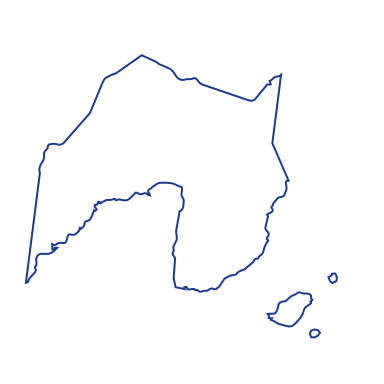 map outline of Morobe (Mercator projection), rotated 97°
{"feature_id": "PNG-1253", "entity_name": "Morobe", "entity_type": "Province", "adm_level": 1, "iso_a3": "PNG", "parent_name": "Papua New Guinea", "parent_adm1": "", "projection": "mercator", "projection_center": [147.281, -6.648], "detail": "fine", "context": "isolated", "style": "outline", "palette": "blue", "viewbox_px": 384, "rotation_deg": 97, "n_neighbors": 0, "source": "natural_earth", "source_scale": "10m", "svg_char_len": 4800}
<svg xmlns="http://www.w3.org/2000/svg" viewBox="0 0 384 384"><g transform="rotate(97 192 192)"><path d="M169.0,97.5L169.6,99.5L171.2,100.1L173.3,99.6L175.0,98.9L177.6,98.6L179.6,98.9L181.3,99.5L183.1,99.7L184.8,100.5L185.7,102.1L186.4,104.2L187.3,105.9L193.2,109.8L194.1,109.9L195.2,110.2L196.2,110.6L197.1,111.4L198.1,111.0L199.6,109.8L200.9,109.7L201.6,110.0L202.8,111.3L204.3,113.7L205.4,114.8L205.9,114.1L207.3,113.6L217.7,114.8L218.7,114.8L219.8,114.5L221.1,113.5L222.1,112.2L223.3,111.1L224.9,110.6L225.9,110.8L228.7,112.1L229.4,112.1L229.7,111.9L229.8,111.5L230.2,111.0L231.0,110.5L231.6,110.7L232.1,111.3L237.7,113.3L242.9,114.0L244.9,114.9L246.4,116.1L247.7,117.5L248.1,117.8L249.4,118.1L249.9,118.4L250.2,119.0L250.4,120.1L250.6,120.7L251.4,121.5L254.4,123.0L262.3,130.4L265.3,135.8L266.5,137.0L268.3,138.1L269.4,140.6L270.3,143.7L271.5,145.5L274.1,149.2L282.5,153.4L285.4,156.3L285.8,157.9L285.7,158.9L285.3,159.9L285.4,161.1L286.2,162.6L287.2,163.7L288.1,165.0L288.7,168.2L289.8,170.8L290.0,172.3L289.6,173.3L289.0,174.1L288.6,175.1L289.2,176.5L288.0,178.0L288.2,179.7L288.8,181.6L289.2,184.0L288.9,184.5L287.3,185.6L287.0,185.9L287.1,187.3L287.7,188.1L288.4,188.1L289.2,187.4L288.5,196.7L279.7,199.7L259.9,200.7L258.8,201.4L256.8,203.2L256.0,203.8L254.7,203.7L253.5,203.2L252.3,202.9L251.0,203.4L249.0,203.9L241.4,201.4L238.9,201.5L234.2,202.7L231.8,203.0L214.3,202.0L212.9,202.2L212.2,201.1L211.4,200.2L210.3,199.6L208.9,199.1L207.2,198.9L201.6,199.1L200.1,199.6L197.3,201.7L195.4,202.2L191.7,202.1L189.8,202.3L188.1,203.0L187.9,205.7L186.2,210.5L185.8,213.1L185.9,218.5L186.6,223.9L187.4,226.6L191.1,231.1L193.5,233.3L194.7,234.8L195.4,235.4L196.6,235.7L197.5,235.5L199.0,234.1L200.5,233.3L200.3,234.9L199.7,236.0L199.1,237.0L198.9,237.9L199.1,239.3L200.1,241.2L200.5,242.6L200.3,244.1L199.5,246.8L199.6,248.1L200.1,248.3L205.9,252.8L207.2,254.2L208.2,255.9L208.6,258.3L208.2,263.6L208.9,265.2L209.5,266.4L209.1,267.0L208.5,267.4L208.2,268.4L208.9,269.5L209.7,271.5L210.2,274.9L210.5,276.0L212.4,279.0L212.9,280.0L213.5,280.5L214.1,280.9L214.4,281.5L214.3,282.1L213.6,282.5L213.0,282.7L212.9,283.0L213.5,284.2L214.0,284.3L214.7,284.1L215.9,284.6L216.5,285.5L216.4,286.2L216.6,286.7L218.2,287.0L218.7,286.7L220.6,284.6L221.3,284.6L222.0,285.2L222.5,285.8L222.6,286.4L222.1,287.0L228.9,288.6L232.2,290.2L233.7,292.8L234.1,294.0L235.1,294.6L236.3,294.8L237.2,294.8L238.9,295.1L240.0,295.8L240.9,296.8L242.2,297.8L241.3,298.9L241.9,299.1L243.3,299.2L244.4,299.5L247.2,301.7L248.5,303.1L249.1,304.5L249.0,308.7L250.1,309.8L256.2,310.7L257.8,311.6L258.3,313.3L258.4,316.2L259.1,318.6L260.6,320.4L261.6,322.2L260.7,324.4L266.1,323.6L266.1,322.8L265.1,322.3L264.3,321.5L263.8,320.4L263.8,318.9L266.8,321.3L269.3,323.8L270.9,327.0L271.8,334.4L272.7,336.3L274.2,337.6L276.2,338.4L278.0,338.5L281.4,337.7L283.9,337.6L284.5,338.0L285.2,338.6L286.0,338.9L287.3,338.0L288.4,337.5L289.7,337.6L291.0,338.1L296.3,342.0L298.8,343.3L301.2,343.8L302.1,344.9L302.4,345.8L191.4,345.3L190.2,345.9L189.4,346.1L188.4,346.3L187.5,346.3L185.1,346.0L183.8,345.7L182.7,345.3L178.6,343.4L176.8,343.1L175.0,343.1L171.8,343.6L170.2,343.3L168.9,342.6L166.7,340.9L165.5,340.6L164.3,340.7L163.3,340.6L162.3,339.7L161.3,337.0L161.0,334.9L161.0,332.9L161.3,329.2L160.3,327.0L159.4,325.6L150.1,319.3L126.0,302.9L93.3,293.8L90.5,292.6L88.8,291.0L85.7,286.4L83.4,281.8L62.4,258.6L67.2,243.5L67.8,242.5L68.5,241.5L69.1,240.2L72.1,230.0L72.6,228.5L73.6,227.0L74.9,225.4L79.5,221.3L80.5,220.2L81.4,218.5L81.9,216.5L81.9,214.3L80.5,210.4L80.3,208.1L79.9,206.3L79.1,204.7L78.7,203.3L78.8,202.0L79.6,200.9L82.2,198.4L83.3,196.8L84.1,194.8L94.2,146.6L94.2,144.0L93.5,142.2L92.5,140.9L77.8,131.5L76.1,130.4L76.0,128.7L75.6,127.0L74.9,127.3L73.1,128.1L72.4,128.5L70.9,126.6L69.1,125.0L67.6,123.4L66.3,119.3L64.8,117.9L133.8,118.2L168.6,97.8L169.0,97.5ZM310.5,73.8L313.0,76.6L313.7,79.6L312.5,89.7L310.1,95.2L309.3,98.2L308.1,97.7L307.7,97.4L307.8,98.1L307.7,99.7L307.7,100.5L306.6,100.2L305.6,100.5L304.8,101.1L303.9,102.1L303.4,100.6L303.0,96.8L302.4,95.1L301.4,94.1L300.1,93.5L296.9,92.7L293.2,92.4L291.5,91.6L290.0,89.6L289.7,88.8L289.2,86.5L288.6,85.5L284.3,81.8L283.0,80.3L280.7,76.5L278.9,74.4L278.5,73.4L278.5,72.5L279.2,69.6L278.7,64.2L279.2,62.5L280.4,61.2L283.2,60.7L284.6,59.4L284.9,60.0L285.2,60.2L285.6,60.4L286.2,61.0L286.5,60.6L286.9,60.4L287.3,60.3L287.7,60.2L289.0,61.4L291.6,64.3L293.1,65.6L294.7,66.4L299.2,67.2L302.1,68.3L305.0,69.9L310.5,73.8ZM316.2,47.8L319.2,49.5L321.4,52.7L321.6,55.9L318.5,57.8L315.2,56.9L313.5,53.7L313.8,50.1L316.2,47.8ZM260.7,37.7L262.7,37.9L263.6,39.0L264.2,40.4L265.3,41.5L264.2,43.5L263.1,44.5L259.9,46.2L257.6,43.1L257.3,43.0L256.2,43.2L255.9,42.6L255.9,42.1L255.9,41.7L255.6,41.2L255.6,40.0L257.0,38.8L259.0,37.9L260.7,37.7Z" fill="none" stroke="#1e3a8a" stroke-width="2"/></g></svg>